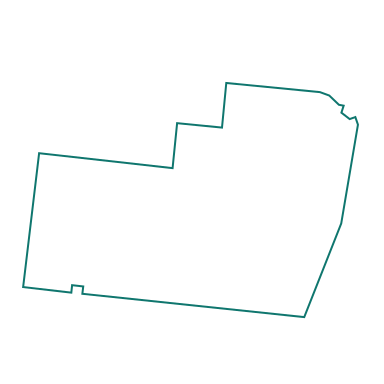 Glades, Florida, United States of America, rotated 6°
{"feature_id": "52423323B13826815912541", "entity_name": "Glades", "entity_type": "district", "adm_level": 2, "iso_a3": "USA", "parent_name": "United States of America", "parent_adm1": "Florida", "projection": "albers", "projection_center": [-81.165, 26.99], "detail": "fine", "context": "isolated", "style": "outline", "palette": "teal", "viewbox_px": 384, "rotation_deg": 6, "n_neighbors": 0, "source": "geoboundaries", "source_scale": "gbopen_adm2", "svg_char_len": 403}
<svg xmlns="http://www.w3.org/2000/svg" viewBox="0 0 384 384"><g transform="rotate(6 192 192)"><path d="M34.0,304.2L82.5,304.7L82.5,297.2L93.7,297.3L93.6,304.7L316.7,304.7L343.7,207.7L350.0,107.7L346.6,100.4L341.2,103.0L332.3,97.5L333.8,90.3L329.0,89.9L318.4,81.7L308.8,79.3L214.7,80.0L215.1,124.8L170.0,125.1L170.2,170.3L35.9,169.4L34.0,304.2Z" fill="none" stroke="#0f766e" stroke-width="2"/></g></svg>